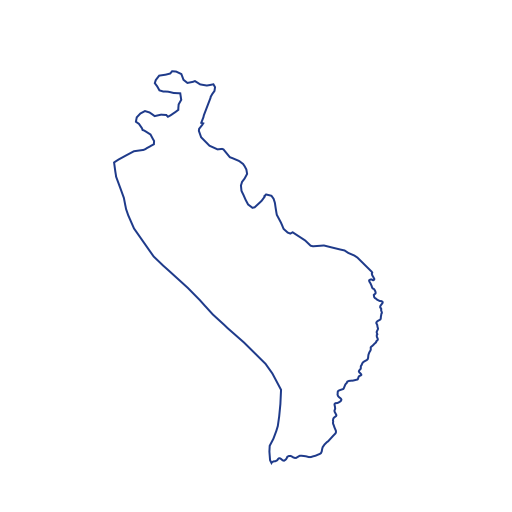 Al Ja'fariyyah, Al Hudaydah, Yemen (Albers equal-area conic projection), rotated 332°
{"feature_id": "15242507B92628059498332", "entity_name": "Al Ja'fariyyah", "entity_type": "district", "adm_level": 2, "iso_a3": "YEM", "parent_name": "Yemen", "parent_adm1": "Al Hudaydah", "projection": "albers", "projection_center": [43.593, 14.518], "detail": "fine", "context": "isolated", "style": "outline", "palette": "blue", "viewbox_px": 512, "rotation_deg": 332, "n_neighbors": 0, "source": "geoboundaries", "source_scale": "gbopen_adm2", "svg_char_len": 6065}
<svg xmlns="http://www.w3.org/2000/svg" viewBox="0 0 512 512"><g transform="rotate(332 256 256)"><path d="M172.5,446.0L173.1,445.6L175.1,445.6L176.8,446.3L178.9,446.3L180.2,445.6L181.3,445.4L182.1,445.8L182.8,446.9L183.6,448.9L184.6,449.9L186.1,449.8L187.2,449.5L188.1,449.0L189.4,448.0L191.0,448.0L192.7,448.8L193.6,450.0L194.4,451.4L195.5,452.5L196.6,453.1L198.6,453.0L200.7,452.9L202.2,453.6L204.4,455.1L206.2,456.4L208.2,458.3L210.1,459.3L212.4,459.7L214.8,460.3L217.4,460.5L219.3,460.7L220.7,460.6L222.2,459.5L223.7,457.6L225.1,456.1L228.0,454.6L231.3,453.6L232.6,453.5L239.6,451.0L243.0,449.9L243.3,449.6L243.8,449.2L244.0,448.9L244.5,447.8L244.8,444.2L245.2,441.8L245.3,440.5L245.6,439.5L246.3,438.6L246.6,438.0L246.7,437.4L247.7,436.1L248.7,435.4L250.3,435.1L251.6,434.9L252.1,434.5L252.3,433.9L252.3,432.8L252.3,431.5L252.3,430.5L252.6,429.5L253.3,428.8L254.2,428.0L254.9,426.3L255.4,424.5L255.7,423.8L256.2,423.4L257.1,423.3L258.8,424.0L259.7,424.1L260.7,424.1L262.0,424.0L262.9,423.8L263.7,423.2L264.0,422.8L264.0,422.2L263.8,421.3L263.5,420.6L263.2,420.0L262.9,419.1L262.7,418.1L262.8,417.4L262.9,416.7L263.7,415.5L264.2,414.6L264.7,414.0L265.2,413.8L266.1,413.7L267.1,413.8L268.3,414.0L270.6,414.4L271.1,414.2L271.9,413.6L272.7,412.9L273.6,412.2L274.4,411.5L275.4,411.0L276.5,410.7L277.1,410.2L277.6,409.8L278.1,409.8L278.8,409.9L279.7,410.0L280.5,410.4L281.6,410.8L282.7,411.4L284.1,411.8L285.3,412.1L286.5,412.4L287.1,412.5L287.6,412.7L288.2,412.5L288.6,412.1L289.1,411.6L289.5,411.2L290.0,410.8L290.6,410.5L291.2,410.5L291.8,410.6L292.6,410.6L293.2,410.4L293.3,410.0L293.3,409.7L293.2,409.1L292.9,408.0L292.6,407.4L292.6,406.7L292.6,406.3L292.9,405.9L293.7,405.4L294.4,405.1L295.4,404.8L296.0,404.1L296.5,403.0L297.0,402.4L297.5,402.1L298.0,401.9L299.3,400.8L300.3,400.2L300.8,400.1L302.1,399.9L304.8,399.9L305.7,399.7L306.4,399.4L307.5,398.1L308.1,397.1L309.0,395.9L310.8,394.3L311.8,393.7L312.5,393.3L313.0,392.9L313.6,392.2L313.9,391.5L314.2,390.8L314.6,390.4L315.6,390.1L316.5,390.0L318.2,389.5L319.6,389.0L320.8,388.8L321.6,388.5L322.0,387.9L322.7,387.6L323.5,387.5L324.1,387.1L324.5,386.7L324.7,385.6L324.7,384.7L324.9,383.7L325.5,382.5L326.3,382.2L326.5,381.5L326.6,380.4L326.9,379.7L327.6,379.1L328.4,378.5L329.1,378.0L329.6,377.5L329.9,376.3L330.0,375.6L330.3,374.9L330.7,373.6L330.7,372.7L330.7,371.8L331.0,371.3L331.6,370.9L332.5,370.6L333.6,370.5L335.3,370.5L336.0,370.4L336.6,370.0L336.9,369.6L338.0,367.9L339.0,366.7L339.5,366.0L339.8,365.7L340.4,365.4L340.6,365.0L340.8,364.0L340.9,363.0L341.2,362.2L341.7,361.7L341.8,361.2L341.8,360.7L341.6,360.3L341.5,359.8L341.8,359.2L342.2,358.6L343.5,357.9L344.6,357.4L345.5,357.0L346.1,356.4L346.2,356.1L346.1,355.6L345.7,355.0L345.3,354.5L344.2,353.9L343.6,353.1L342.9,352.1L342.4,351.4L342.1,350.5L341.8,349.8L341.4,349.2L341.2,348.7L341.1,348.1L341.1,347.6L341.3,347.0L341.6,346.1L341.7,345.7L342.1,345.5L342.7,345.5L343.3,345.3L343.8,345.2L344.2,344.9L344.4,344.5L344.6,344.0L344.8,342.7L344.8,341.9L344.7,340.9L344.5,340.3L344.1,339.8L343.8,339.4L343.7,338.5L343.8,338.0L343.9,337.2L344.1,336.4L344.1,335.7L344.2,334.5L344.2,333.0L344.1,332.3L344.1,331.7L344.3,330.9L344.5,330.6L345.1,330.5L346.0,330.5L346.5,330.7L347.0,330.9L347.4,331.5L347.6,332.0L348.0,332.4L348.6,332.5L349.0,332.4L349.4,332.2L349.7,331.8L349.7,330.8L349.7,329.8L349.7,328.9L349.6,328.2L349.6,327.5L349.8,326.9L349.9,326.2L350.1,325.8L350.8,325.3L350.8,324.6L350.7,324.0L344.8,305.0L343.0,301.7L338.9,296.6L336.8,292.7L333.4,289.8L332.5,289.0L326.9,284.0L320.9,278.6L310.9,274.2L309.1,272.6L309.0,272.4L307.3,267.2L306.7,265.4L300.7,254.5L299.5,252.3L296.8,252.3L294.9,250.1L294.6,249.1L293.8,247.0L293.1,245.0L293.1,244.9L293.3,242.8L293.5,240.9L293.7,238.1L293.7,237.7L293.7,237.0L293.7,230.2L293.7,229.4L294.4,227.2L296.1,222.2L297.4,218.6L297.7,217.6L298.4,213.7L297.9,210.1L296.5,208.8L293.8,206.4L291.5,207.1L291.5,207.7L286.9,209.9L284.4,210.6L277.6,212.4L276.7,212.1L275.5,211.8L274.6,209.8L273.2,206.8L273.2,202.7L273.2,202.0L273.2,201.5L273.5,197.4L273.6,196.2L273.7,192.9L273.8,191.6L273.9,191.3L275.8,186.7L278.0,184.5L278.5,184.0L282.2,182.3L285.1,180.4L286.7,179.3L287.7,176.3L288.1,175.0L288.1,171.5L287.9,169.6L287.8,168.7L287.1,167.2L285.9,164.6L285.3,163.7L281.1,158.5L279.3,156.5L278.9,154.6L278.2,151.1L277.3,146.6L276.3,145.5L272.1,143.8L268.8,139.5L266.7,136.8L263.3,125.4L264.3,118.7L265.5,117.0L270.5,114.8L271.2,114.3L271.6,114.1L270.2,112.7L274.7,108.8L276.1,107.2L290.1,95.0L290.8,94.1L292.9,92.8L293.2,92.6L293.4,92.5L293.5,92.4L296.8,90.8L299.1,87.7L299.0,84.4L295.3,83.3L292.6,82.4L289.6,80.1L287.2,78.2L285.9,75.8L284.2,72.9L282.0,72.6L276.7,71.0L274.7,66.4L275.0,64.2L275.5,60.3L273.8,58.0L272.1,55.7L270.9,54.9L268.7,53.5L265.9,54.6L261.4,53.5L255.2,51.3L254.5,51.6L252.3,52.6L250.1,53.6L247.8,55.9L248.4,59.8L248.5,64.4L251.3,67.2L253.8,68.6L255.3,69.5L255.7,69.8L257.7,71.5L257.9,71.7L259.8,73.4L265.5,76.8L264.7,79.0L264.5,79.6L263.3,82.9L263.3,83.0L258.9,85.8L256.9,88.9L256.0,90.5L254.0,90.8L253.6,90.9L252.6,91.0L251.4,91.2L250.9,91.2L247.5,91.6L246.4,91.7L243.6,91.7L243.0,89.4L239.9,87.5L238.7,86.7L238.4,86.6L232.2,84.9L231.1,82.6L229.4,79.3L228.0,77.9L226.0,75.9L221.1,75.9L220.8,75.9L215.8,77.6L213.1,80.9L213.0,81.1L214.7,84.4L215.3,89.8L215.0,91.5L215.9,92.4L216.0,92.5L217.0,94.1L219.9,99.2L219.9,103.2L219.9,104.5L220.0,106.6L218.3,109.4L217.6,109.4L215.0,109.4L213.8,109.5L210.3,109.5L208.5,109.7L206.4,109.5L206.1,109.4L205.9,109.3L197.4,106.2L193.0,106.2L189.8,106.2L188.9,106.2L179.9,106.3L175.3,106.7L174.6,106.8L171.5,115.2L170.0,119.6L169.8,119.9L169.6,121.1L168.0,132.9L166.6,142.7L164.3,150.2L164.2,150.6L163.5,152.9L163.3,153.6L162.3,160.0L161.2,174.4L162.3,183.3L164.4,200.5L165.4,208.4L167.1,213.6L169.5,220.9L172.1,227.9L180.8,252.1L185.7,268.6L186.7,272.7L187.6,276.4L187.9,277.4L190.4,287.3L195.6,301.9L197.0,306.2L204.8,326.8L213.8,355.7L214.2,358.9L215.3,367.4L215.3,385.9L208.0,398.2L201.1,408.6L195.4,416.4L191.8,420.0L185.6,425.5L179.0,430.0L176.0,435.0L172.6,442.8L172.5,444.5L172.5,446.0Z" fill="none" stroke="#1e3a8a" stroke-width="2"/></g></svg>